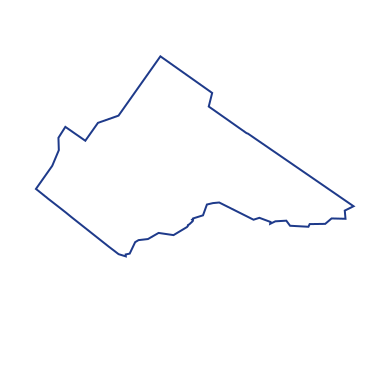 Leon, Florida, United States of America (Robinson projection), rotated 215°
{"feature_id": "52423323B61850216097396", "entity_name": "Leon", "entity_type": "district", "adm_level": 2, "iso_a3": "USA", "parent_name": "United States of America", "parent_adm1": "Florida", "projection": "robinson", "projection_center": [-84.336, 30.479], "detail": "fine", "context": "isolated", "style": "outline", "palette": "blue", "viewbox_px": 384, "rotation_deg": 215, "n_neighbors": 0, "source": "geoboundaries", "source_scale": "gbopen_adm2", "svg_char_len": 1041}
<svg xmlns="http://www.w3.org/2000/svg" viewBox="0 0 384 384"><g transform="rotate(215 192 192)"><path d="M216.4,99.0L209.3,101.3L210.5,102.8L207.7,105.8L209.8,118.3L208.2,121.9L201.1,128.2L195.9,139.3L182.4,146.1L176.2,160.0L176.0,160.4L175.9,161.8L176.1,162.2L176.3,162.4L176.3,162.7L176.0,162.9L176.0,163.3L175.6,164.2L175.3,165.8L175.0,166.8L175.0,167.5L174.8,167.9L174.7,168.5L174.9,168.9L175.0,169.4L175.5,169.3L175.8,169.4L175.5,169.7L175.4,170.1L175.6,170.4L176.0,170.7L176.0,170.9L169.6,179.2L172.6,190.3L168.5,194.9L163.7,199.0L125.7,204.6L122.0,209.5L110.5,212.5L109.7,210.8L106.9,215.8L98.3,222.6L92.3,220.6L76.7,230.3L77.2,233.2L64.6,242.3L62.5,250.4L50.9,258.1L56.2,264.4L51.5,273.0L179.7,271.9L181.1,271.5L215.1,271.6L227.3,271.6L232.3,284.7L295.7,285.0L296.0,212.4L308.7,194.7L308.8,172.8L333.1,172.7L332.5,159.8L325.1,149.9L321.5,133.3L321.6,105.0L309.2,104.2L308.4,104.2L306.6,104.0L302.5,103.8L292.4,103.3L283.2,102.8L276.6,102.3L228.9,99.5L216.9,99.0L216.4,99.0Z" fill="none" stroke="#1e3a8a" stroke-width="2"/></g></svg>